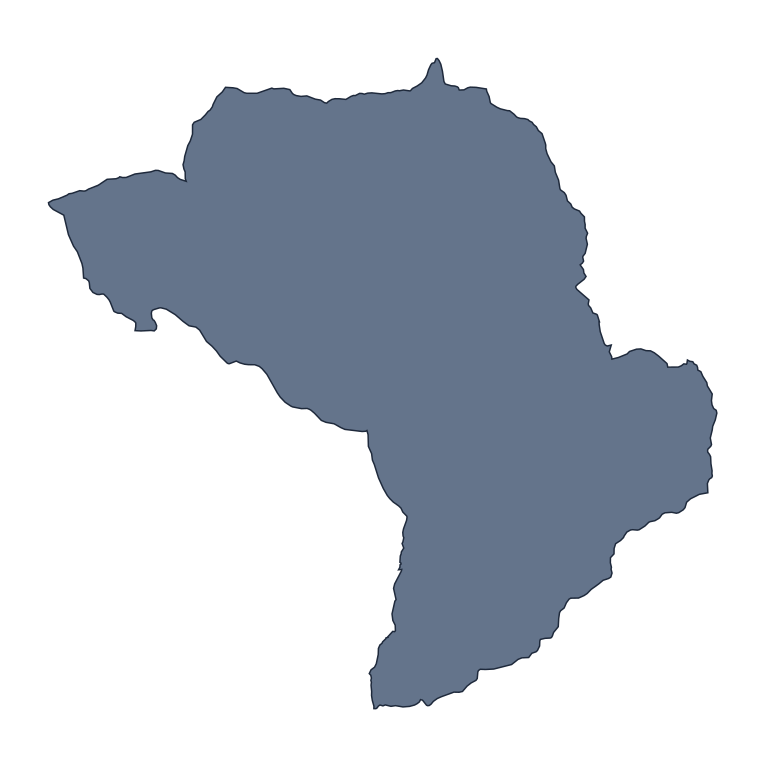 San Mateo, Boyacá, Colombia (Mercator projection), rotated 179°
{"feature_id": "7082276B31973577978453", "entity_name": "San Mateo", "entity_type": "district", "adm_level": 2, "iso_a3": "COL", "parent_name": "Colombia", "parent_adm1": "Boyacá", "projection": "mercator", "projection_center": [-72.559, 6.415], "detail": "fine", "context": "isolated", "style": "filled", "palette": "slate", "viewbox_px": 768, "rotation_deg": 179, "n_neighbors": 0, "source": "geoboundaries", "source_scale": "gbopen_adm2", "svg_char_len": 6075}
<svg xmlns="http://www.w3.org/2000/svg" viewBox="0 0 768 768"><g transform="rotate(179 384 384)"><path d="M682.5,495.2L680.2,494.6L677.5,492.3L676.9,490.5L676.4,484.7L673.4,480.6L669.4,478.6L667.1,478.4L664.3,478.9L662.6,478.7L659.6,475.7L657.5,473.0L656.3,470.7L652.9,461.6L652.3,461.0L649.0,459.5L645.1,459.2L640.6,455.7L633.4,451.8L631.5,450.0L631.1,449.3L631.2,445.8L632.0,441.7L626.1,441.3L616.0,441.6L612.8,441.1L610.7,443.1L610.3,446.2L611.6,449.6L612.9,451.7L613.7,452.0L615.0,454.3L615.4,458.7L615.0,460.7L614.3,461.7L612.6,462.5L607.3,464.0L605.8,464.1L600.3,462.6L591.5,457.0L583.8,450.1L577.9,445.6L571.1,444.2L567.4,441.1L560.7,429.6L555.4,424.9L551.0,420.0L547.3,414.6L540.5,407.7L539.4,407.1L538.2,407.0L531.3,409.5L527.6,407.6L523.0,406.2L519.2,405.7L512.8,405.5L508.4,403.8L505.6,401.4L500.9,395.7L490.8,377.0L487.9,372.6L483.1,367.4L477.6,363.6L475.8,362.7L466.9,360.8L461.3,360.9L459.5,360.2L457.8,359.3L454.1,356.1L447.3,348.7L442.7,346.7L434.6,345.1L427.8,341.1L423.9,339.3L406.7,336.9L403.0,337.1L401.9,337.8L400.8,333.6L400.7,321.9L397.6,314.6L396.9,308.1L395.1,303.7L391.1,290.2L386.5,279.5L382.6,272.4L380.2,269.3L376.7,265.7L371.5,261.9L369.2,259.6L367.4,255.6L363.5,251.5L363.3,250.4L363.8,247.3L367.0,238.9L367.8,235.3L367.6,231.8L366.9,230.0L367.9,225.7L368.7,224.2L367.1,219.6L369.6,215.8L369.8,213.9L370.7,211.8L371.2,205.4L370.2,204.7L370.1,203.7L371.1,203.0L371.3,200.5L372.7,198.0L369.5,198.3L369.9,196.7L376.8,184.0L378.0,179.5L375.7,168.2L376.9,166.7L380.0,154.0L379.3,147.5L377.0,142.6L376.9,137.2L377.7,136.2L379.6,136.5L384.7,131.1L384.5,130.6L386.4,130.2L386.7,129.2L389.9,126.2L390.6,124.7L392.6,123.2L394.2,119.7L394.5,113.6L396.6,104.4L398.4,101.0L401.9,98.5L403.8,94.7L402.3,93.1L401.7,90.2L402.3,87.9L401.8,86.0L402.2,83.1L401.7,76.6L401.9,72.8L401.2,67.8L399.7,62.1L399.8,59.6L397.8,59.5L396.6,60.2L395.2,62.1L393.6,63.1L390.7,62.2L388.3,63.1L382.7,61.6L378.1,62.2L370.7,60.8L364.1,61.2L359.0,62.5L356.3,63.9L354.1,65.6L353.0,67.8L351.0,67.2L347.1,62.1L345.9,61.6L344.3,61.8L342.6,63.0L340.2,65.8L336.2,68.6L332.2,70.3L319.5,74.7L314.3,74.5L310.9,75.2L306.2,80.5L302.1,83.6L297.2,86.1L295.9,87.9L295.2,94.5L294.6,95.8L292.8,97.1L287.6,96.8L279.2,97.1L261.3,101.3L254.8,106.3L250.9,107.8L244.1,108.0L240.9,112.2L236.6,113.6L235.2,114.9L233.0,119.3L232.7,124.4L232.1,125.9L227.4,126.9L222.2,127.1L221.0,127.6L220.0,129.2L218.8,132.6L214.0,138.3L213.4,146.6L212.5,152.3L211.4,154.2L207.8,156.9L205.5,162.0L202.7,165.7L201.0,166.6L193.2,166.6L187.6,169.0L184.5,171.0L180.5,175.0L172.6,180.5L168.4,183.9L162.9,185.6L160.6,187.0L159.3,191.0L160.2,194.9L159.8,196.8L160.8,201.3L160.6,206.4L157.0,210.1L156.8,215.5L155.2,220.3L150.2,223.4L147.2,226.3L146.5,227.9L143.8,231.7L140.1,233.7L138.1,234.0L133.2,233.5L131.5,233.8L125.5,237.5L121.7,241.1L120.4,241.7L115.5,242.6L112.1,244.5L110.8,245.4L108.2,248.9L105.4,250.3L98.6,250.7L93.9,249.7L91.6,250.2L87.0,253.0L85.2,255.1L83.5,260.5L79.5,263.9L70.6,268.2L62.1,269.6L62.4,278.9L60.9,282.4L60.0,283.5L58.0,284.7L57.3,286.3L57.7,288.7L57.5,291.5L58.5,298.6L58.7,305.6L59.9,308.1L61.5,310.2L61.6,312.3L61.2,313.3L58.4,316.0L57.6,317.7L58.7,324.3L56.6,332.4L56.1,335.9L53.4,342.3L51.7,349.1L52.3,351.9L54.8,353.7L56.4,357.5L56.9,361.7L56.0,368.3L60.7,376.4L61.2,379.7L65.1,386.2L67.0,390.8L70.0,392.5L70.2,395.1L71.0,397.3L73.6,398.7L74.9,400.9L77.9,401.4L80.2,402.7L80.8,399.2L81.2,398.5L83.9,398.9L86.3,397.1L89.4,395.8L100.0,395.9L100.6,399.3L101.1,399.9L108.9,407.1L113.2,410.5L116.9,412.5L121.5,412.8L126.5,414.6L131.0,414.4L137.1,412.5L138.0,412.2L140.4,409.8L149.2,406.4L155.7,404.9L155.9,407.3L158.2,412.2L156.1,419.0L160.1,418.1L162.0,419.0L163.1,420.6L166.9,432.6L167.8,439.4L167.9,442.4L167.5,442.4L169.5,449.3L170.2,450.0L173.9,451.4L176.0,456.5L178.1,459.0L178.4,460.5L177.6,464.5L189.5,475.2L190.6,477.3L190.5,478.3L188.7,480.2L182.1,485.2L180.1,488.0L182.2,491.5L182.6,495.0L185.8,499.7L183.5,501.5L182.3,503.4L183.1,507.3L182.9,508.2L180.6,511.1L178.2,520.2L179.4,526.1L179.1,528.1L177.8,531.2L180.2,536.3L180.1,540.0L180.7,543.1L180.7,547.6L184.1,551.2L185.5,553.5L190.6,555.7L192.8,557.5L194.1,560.7L197.4,563.9L198.7,569.5L199.7,571.1L200.4,572.2L204.1,575.0L204.7,576.3L205.9,584.8L209.0,592.7L209.9,599.1L213.2,603.3L216.9,611.4L218.2,616.5L218.1,620.1L218.5,621.8L221.6,631.5L225.3,634.8L227.2,638.5L230.0,640.9L231.3,643.0L234.2,644.6L235.5,645.9L238.9,646.9L242.9,647.2L245.3,647.9L246.8,648.7L249.2,651.4L253.6,655.0L255.9,655.2L262.9,657.1L266.4,658.8L272.2,662.6L272.8,663.6L273.9,669.6L276.2,675.0L276.5,677.2L286.8,679.0L292.6,679.3L295.1,678.7L298.9,676.7L303.1,676.6L303.7,676.7L304.5,679.0L305.6,679.9L308.0,680.7L311.6,681.0L317.5,682.9L318.8,685.4L320.1,695.7L321.6,702.7L323.3,706.4L324.9,708.5L326.2,708.4L327.9,704.4L330.4,703.8L331.6,702.3L334.0,697.4L335.6,692.2L337.1,689.3L341.0,684.5L345.6,681.4L350.4,679.0L352.4,676.8L353.1,676.6L359.4,677.6L363.6,676.9L365.1,677.2L367.7,676.8L372.1,675.2L374.9,675.2L377.8,674.3L381.1,674.1L391.1,675.3L395.3,675.1L398.7,674.1L400.7,674.8L403.3,675.0L407.6,672.9L409.6,673.0L412.1,672.1L417.1,669.2L423.9,670.0L428.0,670.1L431.1,669.5L434.7,667.4L436.4,665.8L438.6,666.3L442.5,669.0L447.7,670.0L456.1,673.4L462.0,673.0L466.7,673.9L469.0,674.9L470.5,676.1L473.0,680.0L479.0,681.4L489.0,681.0L491.0,681.8L505.8,676.9L516.3,677.1L518.7,677.7L525.7,682.0L529.8,682.8L537.3,683.4L540.6,678.8L546.1,674.0L550.0,666.5L550.8,664.1L553.2,660.8L555.1,659.6L557.9,656.2L562.5,651.7L569.2,649.0L570.9,646.5L571.1,637.1L573.5,630.3L576.0,625.8L579.3,615.0L579.9,610.8L581.1,606.8L580.3,602.5L579.1,599.5L579.1,592.7L578.2,590.1L584.3,592.2L586.9,594.0L589.1,596.5L591.9,598.2L598.8,598.8L606.1,601.5L608.9,601.6L613.4,600.2L629.4,598.3L638.2,595.0L641.8,595.0L644.6,595.8L645.6,594.9L648.3,593.9L657.3,593.5L666.3,587.7L675.9,584.1L678.8,582.4L680.5,582.1L684.9,582.6L692.5,580.1L695.7,579.7L697.7,578.3L706.4,574.8L711.8,573.6L716.3,571.2L715.9,569.1L714.5,567.0L711.7,564.3L701.2,558.4L696.9,538.8L692.0,527.2L688.3,521.6L683.9,509.7L683.0,505.1L682.5,495.2Z" fill="#64748b" stroke="#1e293b" stroke-width="1.5"/></g></svg>